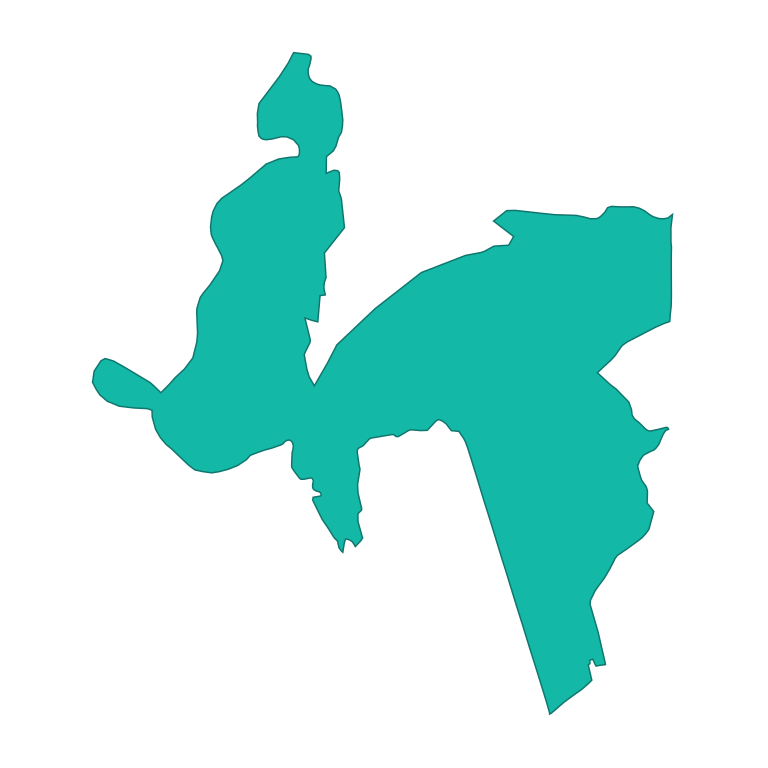 outline of Cam Le, Đà Nẵng, Vietnam, rotated 179°
{"feature_id": "81297802B37110717960369", "entity_name": "Cam Le", "entity_type": "district", "adm_level": 2, "iso_a3": "VNM", "parent_name": "Vietnam", "parent_adm1": "Đà Nẵng", "projection": "robinson", "projection_center": [108.198, 16.017], "detail": "fine", "context": "isolated", "style": "filled", "palette": "teal", "viewbox_px": 768, "rotation_deg": 179, "n_neighbors": 0, "source": "geoboundaries", "source_scale": "gbopen_adm2", "svg_char_len": 5694}
<svg xmlns="http://www.w3.org/2000/svg" viewBox="0 0 768 768"><g transform="rotate(179 384 384)"><path d="M286.7,267.6L281.3,249.4L274.9,227.3L269.1,207.1L265.2,194.1L263.8,189.2L256.0,162.0L249.3,139.4L242.4,115.5L238.6,102.8L233.2,84.4L227.3,64.0L224.3,52.8L224.1,51.1L222.7,51.8L219.3,54.5L215.6,57.7L209.6,62.7L200.3,69.3L192.1,74.9L189.1,77.3L185.2,80.6L181.4,84.2L184.7,99.5L183.1,100.7L182.9,101.1L183.1,104.1L182.4,104.6L181.0,104.8L180.4,105.3L179.8,104.5L179.1,103.2L178.3,100.9L176.9,98.3L173.5,98.9L171.7,99.2L168.9,99.3L167.8,99.5L167.4,99.9L169.5,109.7L171.1,116.9L171.8,120.5L174.2,131.9L181.8,160.1L181.3,164.3L177.6,171.5L177.1,172.6L176.1,174.2L173.0,178.4L167.0,186.2L161.7,194.8L158.0,201.6L156.1,205.4L153.7,208.5L149.9,211.0L145.0,214.2L139.5,218.0L133.5,222.2L128.7,225.8L124.8,229.9L121.7,234.0L116.5,251.8L123.0,260.4L122.5,270.4L122.5,272.5L123.2,275.3L123.5,276.3L124.5,278.1L126.4,280.8L127.2,282.0L128.1,283.4L128.4,284.4L129.3,287.1L130.2,290.6L131.0,293.8L131.6,296.5L131.8,298.3L131.7,298.3L131.3,298.8L131.0,299.4L130.1,301.9L129.2,303.6L128.1,305.2L126.6,307.3L125.8,308.1L124.7,309.0L122.1,310.2L121.5,310.5L120.3,311.1L119.3,311.6L118.1,312.2L116.2,312.9L115.3,313.3L114.4,314.0L113.3,315.0L111.4,317.4L110.3,318.8L109.6,320.3L108.8,322.3L105.6,329.1L103.4,332.3L100.3,333.9L100.4,334.2L101.2,335.4L101.8,335.6L103.0,335.7L105.6,335.0L109.5,334.1L115.9,332.8L119.1,332.3L119.9,332.5L121.3,333.0L123.3,334.4L129.6,340.9L131.8,342.7L133.6,344.2L134.8,345.7L135.8,347.4L136.5,348.8L137.0,354.1L139.5,361.6L152.0,374.9L158.3,379.9L170.4,391.5L168.0,393.8L164.5,397.0L160.4,400.6L159.2,401.7L157.7,403.0L156.5,404.1L155.3,405.4L153.2,407.5L152.2,408.8L150.8,410.6L149.4,412.6L148.1,414.4L146.8,416.3L145.7,417.7L144.5,418.8L139.8,422.0L111.4,436.1L103.3,439.5L97.2,441.5L96.7,447.6L95.5,457.0L95.1,466.8L94.7,499.1L94.6,502.7L94.5,507.9L94.2,515.4L94.2,516.6L94.6,520.5L94.4,535.3L92.6,548.5L97.1,545.1L101.3,544.3L106.1,544.6L111.6,546.4L114.6,548.1L120.4,552.5L125.6,555.3L131.2,556.8L143.7,556.9L153.5,557.6L157.3,556.4L160.3,551.8L164.2,548.0L166.7,546.2L169.0,545.6L174.7,545.6L180.5,547.3L188.7,549.2L210.6,550.3L226.8,552.3L236.6,553.6L250.1,555.3L256.9,555.2L258.3,555.2L271.6,545.0L251.8,529.2L256.9,520.6L271.7,519.9L279.6,515.8L280.1,515.4L284.1,513.9L300.3,511.1L301.7,510.6L344.7,494.8L391.3,459.7L406.0,446.3L430.5,423.9L440.3,405.7L453.7,383.4L458.7,392.5L460.8,399.8L463.0,413.1L463.2,414.9L461.9,417.8L457.6,426.2L456.9,428.1L457.2,430.7L461.9,451.4L455.2,449.0L449.1,447.3L446.4,473.5L441.1,474.1L442.0,478.4L442.5,481.6L441.8,486.7L440.1,491.4L441.3,516.0L420.8,541.0L423.4,570.0L425.9,577.9L424.7,589.8L425.0,596.3L426.6,598.1L430.3,598.6L438.1,595.7L437.6,612.3L430.6,618.0L427.9,622.5L425.1,631.6L422.2,636.3L421.1,642.2L420.6,648.7L421.5,658.2L422.6,667.7L423.9,673.9L425.6,677.4L427.2,679.7L432.9,683.0L436.8,683.3L442.6,684.1L445.4,684.9L447.4,685.9L449.0,686.8L450.6,687.8L451.9,689.4L452.8,690.6L453.4,691.9L453.8,693.1L454.3,695.7L454.4,698.2L454.3,700.2L452.8,704.3L451.3,710.4L451.3,713.0L453.8,714.9L468.6,716.9L474.2,706.5L483.3,693.1L497.7,674.7L504.1,666.6L505.9,656.6L505.8,648.4L506.0,643.7L505.3,637.3L504.6,634.0L502.8,632.1L501.6,631.3L500.6,630.8L498.8,630.5L497.4,630.3L491.7,630.9L482.6,633.0L476.9,632.8L473.9,631.5L470.0,629.6L467.5,626.6L465.5,624.2L464.7,621.7L464.4,618.7L464.6,616.2L464.8,614.6L466.3,612.6L473.6,612.4L485.4,610.8L497.9,606.0L515.3,591.7L523.3,585.6L543.0,572.5L547.9,567.3L551.8,559.8L553.4,554.0L554.7,544.2L554.4,540.1L554.1,536.6L553.1,533.6L549.5,525.9L548.0,523.2L544.0,514.9L542.9,510.1L546.5,500.0L556.2,486.2L563.2,477.9L566.2,473.8L567.9,468.6L569.7,463.0L570.0,458.8L569.5,437.9L570.4,429.3L574.7,413.4L583.3,402.4L592.7,394.0L599.0,387.1L606.9,379.5L607.3,379.2L613.7,385.7L617.8,389.5L630.1,397.2L644.6,406.2L653.9,411.6L658.2,413.1L662.6,414.3L663.1,414.0L666.6,412.1L673.5,402.0L674.4,397.0L674.6,395.2L675.4,390.8L671.9,383.8L668.4,378.2L661.0,371.6L649.0,366.4L634.2,364.4L620.9,363.5L616.4,361.8L616.3,355.0L613.1,342.5L608.4,334.1L602.7,327.2L597.6,322.9L592.7,318.0L581.1,306.6L575.9,302.4L574.5,301.4L566.9,299.6L557.9,298.2L550.4,299.2L541.2,301.5L531.7,305.1L522.8,310.8L519.0,315.0L512.2,317.5L504.7,320.0L497.1,321.9L491.5,323.8L488.3,324.8L486.0,326.0L484.6,327.7L482.5,329.2L480.1,329.7L478.2,329.0L476.6,327.2L476.4,326.2L475.7,324.0L476.2,320.0L477.0,317.4L477.4,311.5L477.7,305.9L477.8,303.0L477.0,301.0L474.2,296.8L470.1,291.3L468.8,290.2L465.2,290.2L463.5,290.6L461.8,290.9L459.1,291.4L457.9,291.2L457.2,290.4L456.6,289.5L456.4,287.7L457.0,285.5L457.2,283.3L457.1,281.8L456.6,280.4L455.1,279.0L453.4,278.1L451.9,277.7L450.4,277.3L449.2,276.0L448.7,274.7L449.0,273.7L449.8,273.0L456.8,272.0L457.1,270.5L457.2,268.8L448.5,250.4L447.8,249.1L446.8,247.6L445.0,244.9L442.2,240.6L437.4,232.6L436.3,230.9L433.2,227.7L431.9,221.2L429.7,217.9L428.1,216.5L426.7,224.5L426.1,227.0L425.1,229.6L424.2,229.7L421.3,228.8L418.3,226.7L417.0,224.6L415.5,222.0L410.0,227.6L408.1,230.3L412.4,246.9L412.4,253.8L411.9,255.3L409.8,257.1L408.6,258.4L408.5,259.9L411.3,272.6L411.9,275.6L412.2,283.9L409.5,299.0L409.8,301.0L410.3,303.0L411.9,315.9L411.9,317.5L411.7,318.6L411.4,319.1L410.7,320.2L408.8,321.2L406.4,322.4L405.3,323.3L402.8,326.0L400.1,328.8L398.9,329.7L397.5,330.2L392.8,330.9L382.3,332.5L378.9,333.0L377.0,333.3L374.9,333.1L373.7,332.0L373.2,331.4L372.0,331.2L370.5,331.2L370.0,331.5L360.4,337.0L358.7,337.6L357.1,337.7L348.3,336.8L341.5,336.9L332.7,346.1L330.3,347.4L328.5,347.0L325.7,345.6L322.4,342.9L320.5,340.3L317.5,336.2L309.9,335.3L307.5,331.5L305.3,328.2L303.7,325.0L301.4,318.5L292.8,289.1L286.7,267.6Z" fill="#14b8a6" stroke="#0f766e" stroke-width="1.5"/></g></svg>